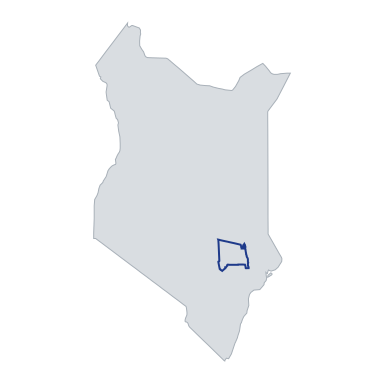 location of Galole, Coast, Kenya
{"feature_id": "3690345B71380805916784", "entity_name": "Galole", "entity_type": "district", "adm_level": 2, "iso_a3": "KEN", "parent_name": "Kenya", "parent_adm1": "Coast", "projection": "equal_earth", "projection_center": [39.8, -1.506], "detail": "fine", "context": "in_parent", "style": "outline", "palette": "blue", "viewbox_px": 384, "rotation_deg": 0, "n_neighbors": 0, "source": "geoboundaries", "source_scale": "gbopen_adm2", "svg_char_len": 5524}
<svg xmlns="http://www.w3.org/2000/svg" viewBox="0 0 384 384"><path d="M93.7,238.5L93.7,232.9L94.2,218.5L94.2,205.8L94.7,199.5L97.0,195.5L98.1,192.6L98.9,188.5L100.1,185.2L102.8,182.5L103.3,181.0L106.2,176.5L108.0,170.7L109.3,168.7L111.0,166.9L112.1,165.9L114.0,164.9L115.5,164.4L115.8,163.9L115.9,163.0L115.4,159.4L116.1,158.2L117.1,155.8L118.3,153.6L119.3,152.2L119.9,150.7L120.2,148.2L120.2,146.4L120.2,143.4L119.9,136.8L118.7,131.2L117.9,125.0L118.5,122.9L117.5,119.3L117.0,119.1L116.2,118.3L115.2,114.8L114.5,111.7L114.0,110.9L110.7,108.2L109.1,101.7L107.2,100.2L106.3,93.8L106.1,92.0L107.1,85.6L107.0,84.1L105.9,82.7L102.8,81.3L100.3,78.7L100.6,77.8L100.8,76.8L99.5,76.2L95.7,65.2L100.7,58.6L105.7,51.9L112.1,43.5L118.0,35.7L123.1,29.0L127.6,23.0L127.5,24.2L127.5,25.7L128.1,26.6L129.0,27.3L130.3,26.6L131.4,25.7L132.5,25.5L139.3,28.0L140.5,30.1L140.4,32.5L140.7,34.1L140.1,35.9L139.6,41.0L139.7,45.7L141.7,49.2L143.6,51.9L145.0,55.8L146.1,57.0L147.5,57.6L152.2,57.8L159.1,58.0L165.8,58.2L166.4,58.3L167.8,58.9L173.9,64.1L179.5,68.8L184.3,73.0L188.9,77.0L193.4,80.9L196.9,84.1L200.3,85.1L205.8,85.6L209.7,85.8L213.3,87.1L218.6,88.4L222.5,89.1L224.9,89.8L231.5,90.5L232.6,90.1L235.5,86.5L238.8,80.6L240.1,77.4L244.3,74.2L251.8,69.8L257.0,66.6L262.8,63.4L265.5,66.2L269.1,70.6L270.7,72.8L272.0,73.7L274.0,74.4L276.4,74.4L277.8,74.3L280.5,73.7L286.7,73.2L290.3,73.2L287.3,79.1L283.7,86.1L277.0,99.0L271.9,105.8L268.1,110.9L267.7,111.8L267.7,117.5L267.8,131.5L267.9,159.5L268.0,187.5L268.0,215.5L268.1,229.4L268.1,234.1L271.5,240.0L274.8,245.8L279.1,253.4L281.5,257.5L281.9,258.8L281.7,261.5L278.1,267.2L275.2,269.8L271.2,271.1L270.1,270.8L268.5,270.0L267.9,271.4L267.4,273.5L266.6,273.1L265.9,272.4L266.3,276.2L266.7,278.1L266.1,280.6L264.2,282.8L264.0,284.7L259.8,289.6L253.9,290.1L250.8,292.5L249.5,294.5L248.4,298.8L248.8,305.5L247.1,310.6L246.8,313.1L243.8,316.5L242.4,319.5L241.4,322.6L240.5,324.0L239.5,330.9L238.1,335.1L237.7,336.5L237.4,337.8L236.3,340.3L235.6,342.0L235.0,343.1L231.4,353.9L228.6,358.7L226.4,358.2L225.0,360.1L224.8,361.0L224.0,360.5L222.2,358.7L218.4,355.0L214.6,351.3L210.9,347.7L207.1,344.0L203.3,340.4L199.5,336.7L195.7,333.0L192.0,329.4L189.7,327.2L188.8,325.9L188.0,323.4L187.6,322.8L186.6,322.0L185.4,321.8L185.1,321.3L185.1,320.1L185.5,318.3L186.9,315.0L187.0,313.0L186.8,310.8L186.3,307.2L185.9,306.3L183.4,304.5L178.2,300.5L172.9,296.6L167.7,292.6L162.4,288.7L157.2,284.7L151.9,280.8L146.7,276.8L141.4,272.9L136.2,268.9L130.9,265.0L125.6,261.0L120.4,257.1L115.1,253.1L109.9,249.2L104.6,245.2L99.4,241.3L97.4,239.8L95.6,238.5L93.7,238.5ZM268.5,276.9L267.6,277.2L268.0,275.3L270.7,272.9L271.8,273.4L272.0,274.0L272.0,274.5L271.5,275.0L268.5,276.9Z" fill="#d9dde1" stroke="#a8b0b8" stroke-width="1"/><path d="M218.2,239.6L218.4,240.2L218.4,240.3L218.4,240.8L218.4,241.0L218.6,244.1L219.3,260.2L219.3,261.0L219.2,261.1L219.1,261.3L218.9,261.3L218.7,261.4L218.6,261.5L218.4,261.6L218.3,261.8L219.5,267.9L219.7,268.8L219.8,268.8L219.9,269.0L220.0,269.1L220.2,269.3L220.3,269.3L220.4,269.5L220.5,269.5L220.7,269.8L220.8,269.9L220.8,270.0L221.0,270.1L221.3,270.2L221.4,270.3L221.5,270.4L221.7,270.5L221.8,270.5L222.2,270.9L223.6,269.7L224.8,268.6L225.0,268.5L225.0,268.4L225.3,268.3L225.3,268.2L225.4,267.9L225.5,267.8L225.5,267.7L225.4,267.4L225.5,267.4L225.8,267.3L225.8,267.2L226.0,267.1L226.3,266.9L226.4,266.7L226.5,266.6L226.6,266.4L226.7,266.2L226.8,266.1L226.9,265.9L227.0,265.9L227.2,265.5L227.2,265.4L227.3,265.4L227.3,265.2L227.5,264.9L227.6,264.7L228.7,264.7L229.3,264.8L230.0,264.8L234.3,264.8L236.6,264.8L238.1,264.8L238.2,264.5L240.4,264.5L242.6,264.5L244.9,264.7L244.9,264.8L245.0,265.0L245.2,265.5L245.4,265.9L245.5,266.3L245.5,266.6L245.6,266.9L245.6,267.3L245.7,267.7L245.7,268.1L245.8,268.2L246.8,268.2L248.0,268.1L248.6,268.1L248.6,267.9L248.6,267.5L248.6,267.4L248.6,267.2L248.5,266.9L248.4,266.7L248.3,266.4L248.2,266.2L248.0,265.9L248.0,265.7L248.0,265.3L248.0,265.1L247.9,264.7L247.9,264.3L247.9,263.9L247.9,263.7L248.0,263.4L248.0,263.2L248.1,262.8L248.2,262.7L248.2,262.4L248.1,262.2L247.9,261.9L247.9,261.7L247.9,261.4L247.9,261.2L247.9,260.8L247.9,260.6L247.9,260.2L247.9,259.9L247.9,259.7L247.9,259.3L247.8,259.0L247.8,258.8L247.8,258.7L247.7,258.4L247.6,258.2L247.5,257.9L247.4,257.8L247.3,257.7L247.2,257.5L247.1,257.4L247.0,257.2L246.9,257.0L246.9,256.9L246.8,256.7L246.7,256.5L246.7,256.3L246.7,256.1L246.6,255.8L246.6,255.4L246.5,255.2L246.4,255.0L246.3,254.8L246.3,254.7L246.2,254.6L246.2,254.4L246.1,254.2L246.1,253.9L246.1,253.7L246.1,253.3L246.0,253.1L245.9,252.6L245.9,252.4L245.8,252.0L245.7,251.4L245.6,250.7L245.5,250.2L245.5,249.9L245.5,249.7L245.4,249.6L245.4,249.3L245.3,249.2L245.2,249.1L245.2,248.9L245.2,248.7L245.2,248.4L245.2,248.2L245.3,248.0L245.3,247.6L245.4,247.3L245.4,247.1L245.4,246.9L245.4,246.7L245.2,246.3L245.2,246.0L245.1,245.8L245.1,245.7L245.0,245.4L245.0,245.2L244.9,245.1L244.9,244.9L244.6,244.4L244.4,244.1L244.3,243.9L244.0,244.4L243.9,244.5L243.7,244.7L243.5,244.9L243.4,245.0L243.5,245.3L243.4,245.3L243.3,245.5L243.2,245.7L243.1,245.8L243.1,246.0L243.1,246.3L243.1,246.5L243.2,246.8L243.3,246.9L243.3,247.0L243.3,247.3L243.4,247.5L243.5,247.5L243.5,247.8L243.6,248.0L243.7,248.3L243.7,248.5L243.1,248.5L242.8,248.5L242.5,248.5L241.6,248.5L241.6,248.4L241.6,248.1L241.5,247.9L241.5,247.7L241.5,247.4L241.4,247.3L241.3,246.8L241.2,246.8L241.2,246.6L241.2,246.4L241.1,246.2L240.9,245.5L240.8,245.4L240.7,245.1L240.6,244.7L233.3,243.0L220.5,240.2L218.7,239.7L218.2,239.6Z" fill="none" stroke="#1e3a8a" stroke-width="2"/></svg>